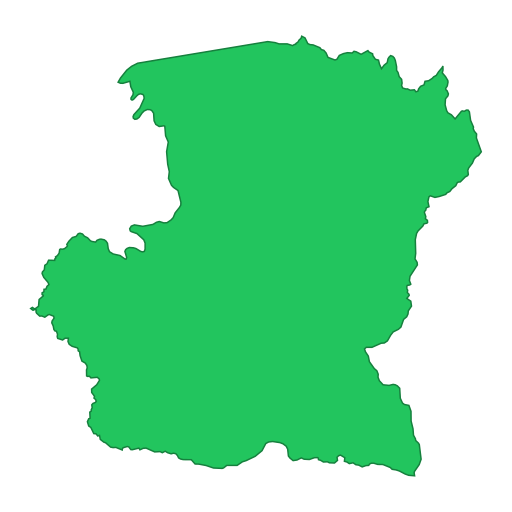 Murindó, Antioquia, Colombia (orthographic projection)
{"feature_id": "7082276B39517489210154", "entity_name": "Murindó", "entity_type": "district", "adm_level": 2, "iso_a3": "COL", "parent_name": "Colombia", "parent_adm1": "Antioquia", "projection": "orthographic", "projection_center": [-76.718, 6.832], "detail": "fine", "context": "isolated", "style": "filled", "palette": "green", "viewbox_px": 512, "rotation_deg": 0, "n_neighbors": 0, "source": "geoboundaries", "source_scale": "gbopen_adm2", "svg_char_len": 5910}
<svg xmlns="http://www.w3.org/2000/svg" viewBox="0 0 512 512"><path d="M411.0,411.3L408.9,405.4L404.4,404.5L402.5,403.1L400.3,398.3L399.7,388.3L397.4,385.9L395.3,384.8L393.1,384.4L389.1,385.4L383.1,384.8L379.4,380.8L378.0,377.2L378.2,374.2L376.8,370.7L374.3,368.6L369.4,361.7L368.3,356.1L365.5,351.9L364.5,348.9L366.3,347.3L372.0,347.3L381.2,343.2L384.3,343.0L387.4,340.9L390.7,335.1L393.2,331.9L398.4,329.3L400.9,327.1L403.6,319.4L406.7,316.8L408.0,314.0L408.3,310.9L411.5,306.1L410.8,301.2L406.8,298.4L409.2,295.4L409.0,294.3L407.3,292.5L407.7,290.2L406.9,288.9L406.8,286.4L407.3,285.4L409.7,285.0L410.8,284.2L409.4,280.5L410.0,276.3L417.4,264.9L417.1,262.3L415.0,258.9L415.7,253.4L415.3,239.6L416.6,233.4L418.0,231.0L422.8,226.1L424.0,223.8L426.9,223.2L427.6,222.4L427.4,220.3L425.4,218.7L425.8,216.6L424.4,212.5L424.6,211.4L425.7,210.3L426.3,207.8L429.0,206.7L427.9,201.6L428.9,196.9L430.3,195.8L434.9,197.4L439.2,196.5L445.7,194.4L447.0,192.8L449.8,191.5L452.0,188.7L455.8,185.7L457.1,182.9L458.2,182.1L460.3,181.9L465.3,176.9L467.6,175.7L468.3,174.5L467.8,170.3L468.7,167.9L472.4,163.1L474.2,158.9L476.6,156.4L478.4,155.6L481.3,151.8L476.4,138.0L476.6,134.0L474.3,131.2L473.2,128.6L473.5,127.1L470.6,120.4L469.4,111.9L468.1,110.1L466.3,110.1L464.3,111.3L462.2,110.9L461.3,111.4L455.1,118.9L451.4,114.8L447.9,112.8L446.7,110.8L445.1,104.8L445.5,98.8L447.9,95.9L448.4,93.9L447.1,90.8L445.8,89.6L445.7,88.4L447.3,85.9L448.0,82.1L447.8,80.5L445.5,76.6L442.3,72.9L443.0,70.0L442.9,66.0L442.2,67.5L438.5,71.9L436.3,75.4L433.7,76.8L432.2,78.4L428.7,80.7L425.0,81.3L424.0,84.9L420.6,86.3L418.6,88.9L417.9,91.1L415.9,91.8L414.4,89.8L410.2,90.2L407.5,88.9L405.9,89.0L402.6,88.0L401.6,85.5L402.1,83.1L401.6,79.3L399.2,76.7L398.0,72.4L396.6,70.4L396.6,66.8L395.3,60.4L394.3,58.0L392.8,56.4L390.6,55.6L389.0,57.2L388.0,58.8L387.2,62.7L384.1,65.2L381.5,68.7L379.5,64.3L378.5,60.1L375.4,59.3L372.8,55.5L372.6,53.8L369.1,52.1L367.9,50.6L361.1,54.3L356.2,51.8L354.0,51.3L352.2,53.0L347.4,52.7L343.4,53.6L339.3,55.4L336.9,59.3L335.0,60.0L328.0,57.4L326.1,53.0L323.8,50.3L321.4,49.6L319.9,47.7L313.1,44.9L310.0,44.6L307.8,43.6L305.0,37.9L301.7,36.2L301.0,38.4L299.2,39.9L297.9,42.1L295.9,43.5L295.7,44.3L294.4,44.5L292.6,45.6L287.3,43.9L279.1,43.9L275.1,42.6L267.7,41.6L137.7,63.2L131.6,66.3L126.8,70.1L120.5,78.0L118.1,82.2L120.3,83.2L122.9,83.3L129.9,81.3L130.8,86.8L133.3,92.2L133.0,94.7L131.0,98.0L131.0,99.3L131.6,99.9L132.4,100.0L133.5,99.4L137.0,95.6L138.6,94.3L140.5,93.8L143.0,94.5L143.8,95.9L144.2,98.3L139.8,108.1L133.9,114.6L133.1,116.5L133.3,118.1L134.8,119.3L136.9,119.0L139.1,117.4L142.0,113.1L144.2,110.9L147.3,109.5L150.2,109.7L151.8,110.6L153.6,113.2L154.1,120.8L155.8,124.4L159.2,126.5L163.9,125.8L164.8,126.3L165.6,135.8L168.3,142.0L166.6,151.7L167.7,164.2L169.3,171.7L168.5,178.4L171.5,185.3L173.5,187.4L178.0,190.5L180.9,202.3L180.8,205.1L179.5,207.4L175.2,212.8L173.2,217.6L171.0,220.0L167.0,222.7L163.8,222.9L159.3,221.5L156.4,222.3L153.0,224.4L142.8,226.3L134.4,224.9L131.3,226.1L129.7,228.7L130.2,230.8L131.2,231.6L137.0,233.6L143.8,239.8L145.1,243.1L145.1,249.2L144.3,251.4L142.5,251.9L140.7,251.4L135.9,248.5L133.5,247.8L129.4,247.5L127.1,248.4L125.6,249.7L124.9,251.5L126.7,257.5L126.0,259.2L124.8,258.9L120.0,255.5L113.2,254.0L109.5,251.7L108.2,248.6L107.5,243.3L106.1,241.2L104.3,239.8L101.0,239.1L99.4,239.3L97.0,240.3L95.6,242.1L91.7,241.4L90.3,240.7L87.6,237.8L84.4,236.2L82.5,234.0L80.0,233.2L78.2,233.7L76.2,236.4L72.4,237.5L68.9,241.2L66.8,244.4L67.4,245.8L67.0,246.6L64.6,248.6L62.7,249.2L60.5,249.0L59.7,249.5L59.1,253.2L57.4,255.6L55.5,256.9L55.9,257.9L54.9,258.8L54.7,260.4L48.6,260.2L47.0,263.8L44.8,265.3L44.3,269.8L42.4,272.0L42.1,273.6L43.8,277.4L48.1,282.5L48.9,284.6L47.0,286.3L45.9,289.1L44.0,289.3L43.9,291.8L42.1,292.8L42.1,294.6L43.3,295.3L43.3,295.9L39.1,299.5L38.5,306.3L35.2,308.7L34.1,308.6L32.4,307.4L30.7,308.5L32.7,310.1L33.6,310.1L34.4,309.5L36.3,310.0L36.0,311.9L36.6,313.2L39.7,316.1L41.9,316.0L44.8,317.2L48.2,314.8L49.4,314.5L53.6,316.2L54.1,318.1L52.1,321.0L51.8,322.9L53.2,325.9L53.9,329.5L54.9,330.9L56.3,331.2L56.7,331.9L57.5,334.2L57.2,336.7L57.7,338.4L62.6,340.0L65.1,338.2L68.4,338.2L68.0,341.5L69.2,344.3L72.1,346.3L77.4,347.9L78.1,349.1L78.2,350.8L79.6,351.8L80.1,355.7L81.9,361.1L85.2,363.0L86.9,365.5L87.2,367.9L86.5,369.9L86.6,375.9L87.4,376.4L89.5,376.3L90.9,377.9L97.3,377.3L99.2,379.0L99.5,380.3L96.7,384.8L91.6,389.1L91.7,392.5L94.5,396.3L94.0,398.1L95.7,399.6L96.2,401.4L95.3,402.5L93.0,403.4L91.8,404.8L92.2,407.8L91.3,409.5L91.2,411.2L89.8,412.1L90.1,418.2L88.7,418.8L87.4,421.7L88.7,426.0L90.8,427.4L93.8,433.6L96.0,433.8L97.8,436.0L99.5,435.4L100.3,439.4L103.9,442.2L105.5,442.7L110.6,447.1L113.1,447.6L115.9,447.4L122.2,450.0L122.4,448.7L123.2,447.7L127.3,446.5L128.8,446.9L130.8,449.6L132.4,449.7L138.9,448.1L139.9,449.8L143.2,448.3L146.1,448.1L154.7,451.9L160.1,451.6L162.3,452.7L165.2,451.2L167.6,452.7L171.1,453.8L173.5,453.2L175.8,453.7L177.5,455.6L178.6,457.9L180.5,459.0L183.2,459.6L191.3,459.7L195.1,464.0L198.8,464.1L206.1,465.5L213.5,468.0L222.2,468.4L223.6,467.9L226.8,465.4L237.1,465.4L242.4,461.8L246.2,460.6L255.2,456.3L262.0,450.7L265.8,443.5L268.6,442.0L272.6,441.5L279.9,442.6L283.0,443.8L286.2,446.2L287.7,449.2L288.4,456.0L290.0,458.1L293.1,460.6L297.0,460.0L301.3,457.9L304.1,459.2L309.3,459.5L314.4,457.7L317.7,457.6L318.2,458.0L318.5,459.7L320.6,460.3L323.4,462.0L327.4,461.8L329.4,462.8L334.5,463.0L337.5,460.4L337.0,457.3L338.6,455.7L340.5,455.1L344.8,457.7L344.4,461.3L346.9,462.0L349.3,463.6L353.1,462.8L355.8,464.7L358.7,465.1L362.2,466.9L365.9,465.6L368.7,465.4L369.6,464.0L371.4,463.2L373.8,463.2L377.7,464.4L382.9,464.5L390.3,467.5L392.1,469.3L396.0,469.9L399.4,471.0L405.1,474.0L408.7,475.3L414.6,475.8L414.1,472.8L414.5,471.4L419.2,464.6L421.1,459.2L419.3,444.6L418.5,443.2L415.7,440.5L415.4,438.7L413.5,435.2L413.0,428.8L411.1,421.0L411.0,411.3Z" fill="#22c55e" stroke="#15803d" stroke-width="1.5"/></svg>